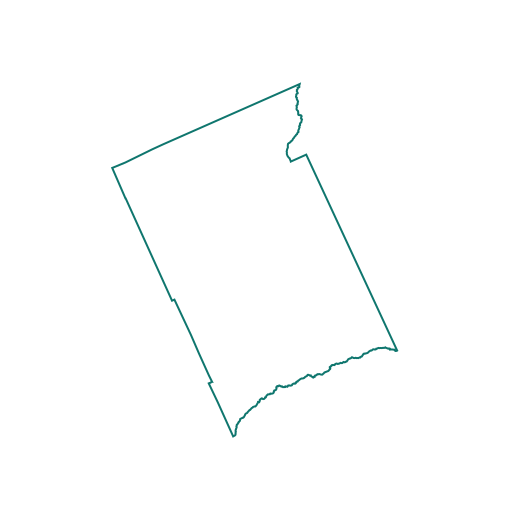 outline of Tandil, Buenos Aires, Argentina, rotated 202°
{"feature_id": "61730980B95090625918861", "entity_name": "Tandil", "entity_type": "district", "adm_level": 2, "iso_a3": "ARG", "parent_name": "Argentina", "parent_adm1": "Buenos Aires", "projection": "albers", "projection_center": [-59.395, -37.335], "detail": "fine", "context": "isolated", "style": "outline", "palette": "teal", "viewbox_px": 512, "rotation_deg": 202, "n_neighbors": 0, "source": "geoboundaries", "source_scale": "gbopen_adm2", "svg_char_len": 6034}
<svg xmlns="http://www.w3.org/2000/svg" viewBox="0 0 512 512"><g transform="rotate(202 256 256)"><path d="M279.9,431.8L383.8,324.9L392.1,316.1L412.1,293.8L422.3,283.8L398.6,260.5L398.4,260.6L317.1,183.1L315.3,185.0L286.7,158.4L272.4,144.3L254.8,127.5L249.6,122.9L249.9,122.8L250.2,122.6L250.2,122.3L250.5,121.8L250.6,121.5L251.6,120.8L251.7,120.6L251.8,120.5L252.1,120.2L236.6,106.0L209.6,80.2L209.3,80.7L208.6,81.3L208.3,81.9L208.1,82.3L208.2,83.2L208.3,83.5L208.5,83.7L208.6,84.3L208.8,84.6L208.9,85.6L209.3,85.9L209.7,87.0L209.6,87.5L209.8,88.6L209.7,89.6L210.0,90.4L210.3,90.6L210.3,91.5L210.5,91.7L210.6,92.4L210.1,93.2L210.1,94.0L209.9,94.5L210.0,95.0L209.7,95.3L209.8,95.9L209.2,97.0L209.3,97.8L209.6,98.9L208.3,100.5L207.8,100.8L207.6,101.3L207.2,101.4L206.9,102.0L206.8,103.1L206.6,104.1L206.7,105.0L206.6,105.5L206.5,105.9L205.4,107.2L205.3,107.5L205.3,108.0L205.0,108.7L204.7,109.6L204.3,110.5L204.3,110.8L204.1,111.0L203.8,111.1L203.7,111.3L203.7,111.5L203.2,112.9L203.1,113.3L202.9,113.6L202.4,114.1L202.2,114.9L200.7,116.2L200.2,116.3L199.7,117.6L199.4,120.1L199.2,120.9L199.2,121.2L199.3,121.4L198.3,121.6L198.2,122.3L198.2,122.6L198.4,122.9L198.3,123.4L198.6,123.9L198.5,124.3L198.1,125.0L197.9,125.5L197.6,125.8L197.3,125.9L197.2,126.2L196.8,126.2L196.6,126.0L195.8,126.0L194.9,126.6L194.5,127.7L194.6,128.2L194.1,128.4L193.9,128.9L194.0,129.2L193.9,130.6L193.4,131.5L193.2,132.1L192.4,132.4L192.0,132.8L191.4,133.0L191.3,133.7L191.1,133.9L190.5,133.9L190.3,134.0L189.0,134.8L188.6,135.4L188.4,136.1L188.8,137.1L188.8,137.3L188.6,137.5L188.7,138.1L188.6,138.3L187.9,138.7L187.3,139.5L187.3,140.7L187.8,141.3L188.0,141.9L188.0,142.1L187.8,142.2L187.6,142.8L187.4,143.0L187.5,143.4L187.3,143.5L186.8,143.4L186.3,143.8L186.0,144.2L186.0,144.6L185.8,144.7L184.5,144.6L184.0,144.4L183.8,144.4L183.8,144.6L183.3,144.8L182.8,144.9L181.9,144.5L181.6,144.6L180.8,145.1L180.5,145.1L179.9,145.4L179.9,146.1L179.2,146.1L178.6,146.6L177.9,146.6L177.8,147.2L177.7,147.4L177.7,147.9L177.5,148.1L176.9,148.2L176.6,148.5L175.9,148.6L175.2,148.8L174.3,149.6L174.3,150.1L174.2,150.3L174.2,150.7L173.6,151.5L172.8,152.2L172.3,152.1L172.1,152.3L171.9,152.3L171.5,152.8L171.6,153.0L171.6,153.9L171.2,154.1L171.1,154.8L170.8,154.9L170.3,155.3L170.3,155.9L170.1,156.4L169.7,156.8L168.9,158.3L168.0,159.4L167.7,159.6L166.7,160.0L166.0,160.6L165.9,160.9L165.6,161.1L165.4,161.5L165.1,162.4L164.0,163.6L163.8,164.0L163.7,164.8L163.6,165.1L163.3,165.4L162.7,165.4L162.0,165.5L161.1,165.3L160.6,165.7L160.4,165.4L159.7,165.3L159.5,165.1L158.0,164.9L157.7,164.7L157.4,164.7L157.3,164.9L157.3,165.4L156.9,165.5L156.9,165.8L156.4,166.0L156.6,166.5L156.5,166.8L156.5,167.1L156.3,167.5L156.1,167.6L155.8,167.6L155.2,168.3L155.1,168.9L154.9,169.0L154.5,169.6L153.9,169.7L153.6,169.8L153.3,170.2L153.0,170.3L151.5,170.4L150.3,170.7L150.0,171.0L149.6,172.0L149.2,172.6L149.0,173.5L148.5,173.9L148.3,174.4L147.8,174.7L147.3,175.1L146.9,175.6L146.0,176.3L145.8,176.8L145.6,177.1L145.5,177.7L145.3,178.3L145.0,178.7L144.9,179.3L145.2,179.9L145.7,180.0L146.0,180.7L145.8,181.0L145.5,181.1L145.4,181.6L145.1,182.0L145.1,182.4L144.9,182.5L144.8,183.2L144.3,183.6L144.0,183.6L143.7,183.9L143.1,184.0L142.3,184.3L142.3,184.6L142.3,185.0L142.1,185.3L141.4,186.2L140.9,186.5L139.8,186.5L139.5,186.8L139.0,187.0L138.8,187.3L138.3,187.6L138.0,188.1L137.6,188.6L136.3,188.8L135.9,189.1L135.2,190.5L134.3,190.5L133.4,191.1L133.4,191.4L132.4,192.2L132.4,192.5L132.1,193.1L131.9,194.6L131.6,195.1L131.1,195.5L130.9,195.9L130.2,196.3L130.1,196.5L129.9,196.6L129.4,197.3L129.3,197.8L129.1,198.1L127.2,198.0L126.4,198.3L126.1,198.4L125.4,199.0L124.5,199.0L123.7,199.4L123.1,199.7L122.8,199.7L121.7,201.0L121.3,201.0L121.2,201.6L120.8,202.1L120.5,202.2L120.2,202.5L120.0,203.8L119.9,204.1L119.9,204.4L119.6,205.0L119.7,205.3L119.5,205.7L119.1,206.1L118.7,206.1L118.3,206.3L117.9,206.7L117.1,207.2L116.5,207.7L116.0,208.3L115.5,209.6L115.1,210.3L114.3,211.3L114.0,211.3L113.7,211.6L113.4,211.7L112.5,213.3L111.9,213.6L110.8,213.8L110.2,214.1L109.8,214.5L109.8,215.1L108.8,215.7L108.4,216.3L107.9,216.7L107.1,216.8L105.8,217.5L105.2,217.6L104.4,218.0L103.8,218.5L103.5,218.5L102.9,218.7L102.7,218.9L102.3,219.1L101.9,219.7L101.2,219.5L100.9,219.6L100.4,219.6L100.1,219.6L99.4,219.5L98.9,219.8L98.4,219.7L97.9,220.1L97.4,220.3L97.1,220.2L97.0,219.7L96.8,219.4L95.9,219.8L95.0,220.3L93.3,220.7L92.8,221.0L92.5,221.0L91.9,220.4L91.1,220.2L90.8,220.3L90.0,220.8L89.7,221.2L247.4,368.8L259.1,356.6L259.4,357.1L260.0,357.6L261.5,359.2L262.6,359.5L264.4,360.7L265.7,362.2L266.1,363.5L266.8,364.5L266.8,365.1L267.1,366.4L267.1,368.5L267.2,368.9L267.7,369.8L268.1,370.9L268.3,372.1L267.8,373.0L267.3,373.5L266.9,374.2L266.6,374.9L266.7,375.2L266.3,375.7L265.7,376.8L265.7,377.2L265.6,377.5L265.6,378.3L265.4,379.1L265.0,379.9L264.9,381.2L264.3,382.4L264.2,383.4L263.9,384.0L263.6,384.3L263.7,385.6L263.4,386.4L263.1,386.7L263.2,387.1L263.3,387.1L263.7,387.7L263.8,389.0L263.7,389.7L263.8,390.5L263.8,391.7L264.4,392.1L264.6,392.5L264.1,393.7L264.3,394.2L264.6,394.4L264.7,394.7L264.7,395.1L264.8,395.5L264.6,396.1L264.2,396.7L264.1,396.8L264.3,397.5L264.4,398.7L264.6,399.4L264.5,399.8L264.7,400.0L265.2,400.0L265.4,400.4L265.9,400.6L265.9,401.1L266.2,401.8L266.0,402.5L266.2,402.8L266.3,402.8L266.6,403.2L266.9,403.3L267.8,403.2L268.7,402.8L269.4,402.7L270.2,403.5L270.2,404.2L270.4,404.5L271.0,405.4L271.1,405.6L271.1,405.8L271.4,406.2L272.2,406.5L273.2,407.0L273.4,407.3L273.8,408.4L273.8,409.1L274.2,409.8L274.7,410.3L274.8,410.6L274.4,411.2L274.3,411.6L274.4,412.1L274.2,412.4L274.3,412.6L274.7,413.1L274.6,413.6L274.8,414.1L274.9,415.0L275.4,415.4L275.6,415.7L276.0,415.8L276.3,416.3L276.9,416.7L277.1,417.1L277.3,417.3L277.4,418.0L278.3,418.3L278.7,418.9L278.7,419.7L279.1,420.6L279.1,421.2L278.9,421.7L278.3,422.4L278.3,422.7L280.0,424.2L280.1,425.0L280.3,425.4L280.0,425.7L280.0,426.4L280.0,427.1L280.4,427.6L280.3,427.8L280.0,428.1L279.4,428.4L279.1,428.8L279.4,429.6L279.8,430.0L280.0,430.9L279.8,431.2L279.9,431.8Z" fill="none" stroke="#0f766e" stroke-width="2"/></g></svg>